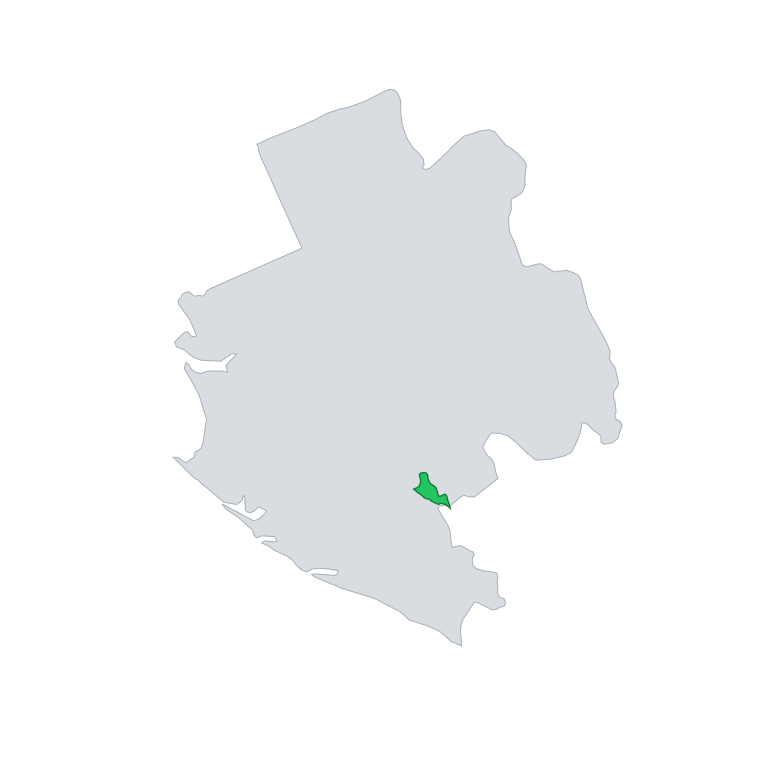 location of Louetsi-Wano, Ngounié, Gabon, rotated 336°
{"feature_id": "22940354B18924798450478", "entity_name": "Louetsi-Wano", "entity_type": "district", "adm_level": 2, "iso_a3": "GAB", "parent_name": "Gabon", "parent_adm1": "Ngounié", "projection": "robinson", "projection_center": [11.582, -2.167], "detail": "fine", "context": "in_parent", "style": "filled", "palette": "green", "viewbox_px": 768, "rotation_deg": 336, "n_neighbors": 0, "source": "geoboundaries", "source_scale": "gbopen_adm2", "svg_char_len": 4589}
<svg xmlns="http://www.w3.org/2000/svg" viewBox="0 0 768 768"><g transform="rotate(336 384 384)"><path d="M514.9,125.3L514.5,131.4L508.4,146.3L505.6,157.8L504.9,170.1L506.5,179.9L509.5,186.9L511.4,194.6L509.9,199.9L507.0,202.2L509.0,204.9L513.4,205.5L521.0,203.2L532.6,199.1L547.8,193.2L557.8,190.1L574.4,192.0L583.2,194.3L587.7,198.4L592.6,216.0L595.0,218.7L599.0,226.2L602.4,235.1L603.1,239.7L602.7,243.0L599.4,247.8L595.6,255.0L594.3,259.3L591.1,262.5L587.1,265.7L576.1,266.9L574.4,268.8L571.3,276.4L565.5,282.8L562.8,288.9L560.5,297.1L560.9,307.1L559.8,321.6L558.6,331.4L561.5,334.8L574.7,337.2L577.3,339.2L580.8,345.2L585.2,350.9L597.3,354.5L602.0,358.9L605.8,363.6L606.3,367.6L603.6,383.3L600.9,398.4L601.9,409.9L602.9,420.8L604.3,436.8L603.7,446.6L600.3,452.5L600.3,457.2L601.8,462.8L598.8,478.4L596.8,481.0L591.4,483.9L588.6,488.1L587.7,494.6L584.8,503.6L581.8,506.9L581.8,511.1L584.7,514.1L584.6,518.8L579.2,524.4L576.0,528.6L568.8,530.7L560.5,528.5L558.6,525.4L560.6,520.6L559.9,516.7L557.1,512.7L552.7,502.2L548.8,500.0L546.6,504.3L539.9,512.2L528.1,522.4L519.8,523.2L504.5,520.1L491.7,515.3L485.7,503.3L481.9,493.5L476.4,482.0L470.3,476.6L463.7,473.1L460.8,472.9L451.5,479.2L448.6,481.8L448.7,487.1L449.5,492.1L451.0,494.5L452.2,497.7L452.0,502.7L450.3,509.3L449.7,516.7L420.4,523.9L415.3,521.3L411.6,518.0L407.1,518.6L394.4,522.3L389.7,519.7L385.0,517.8L382.9,519.4L382.7,522.5L384.9,539.8L384.2,546.4L381.3,555.0L379.8,560.9L387.6,562.5L390.4,565.2L393.2,569.5L396.9,573.6L397.2,576.1L392.9,580.6L391.5,586.1L393.5,590.5L398.8,595.0L406.5,599.8L410.3,602.8L409.9,605.7L406.4,611.7L405.0,616.8L402.5,621.4L403.0,625.6L406.5,629.6L406.1,633.1L403.8,635.8L399.0,635.2L394.9,635.6L391.2,634.5L379.8,620.8L377.3,620.4L360.7,630.9L356.5,635.3L353.1,641.5L348.5,654.9L341.0,647.1L334.4,632.8L326.8,624.0L310.9,609.8L306.6,599.3L288.3,576.2L262.0,553.2L243.1,533.1L240.2,528.7L243.4,529.2L261.7,539.2L264.2,538.1L266.3,535.9L258.4,530.6L250.9,526.5L243.8,523.9L236.7,524.2L232.7,519.9L230.1,513.5L228.8,508.0L225.6,502.2L215.6,490.4L213.1,485.8L207.6,479.5L211.0,478.7L221.8,484.7L222.7,482.3L221.8,478.8L210.9,473.1L205.0,472.7L203.7,468.7L204.5,464.1L196.7,446.8L188.6,433.8L187.4,427.7L209.1,455.9L212.0,456.4L215.9,456.1L224.9,452.9L223.1,449.2L219.1,445.2L215.1,447.0L210.0,447.4L207.3,445.7L206.1,442.8L211.3,429.1L209.0,429.8L207.4,432.3L204.6,433.4L200.3,434.1L189.6,426.8L180.1,407.0L177.6,403.0L175.1,396.1L172.6,393.3L161.7,365.2L165.9,367.3L170.8,375.4L180.4,373.7L184.2,369.0L187.5,369.2L190.8,368.1L195.0,363.6L207.4,344.3L210.6,318.8L209.5,303.6L207.8,288.5L211.8,283.7L213.4,286.9L214.2,292.3L216.2,296.2L220.5,299.8L228.7,300.7L241.3,306.3L245.8,309.8L247.1,302.7L261.6,296.7L257.2,294.5L244.3,296.9L226.6,287.9L220.7,282.1L215.2,271.3L209.5,265.6L209.9,260.5L222.7,255.7L226.0,256.3L227.4,261.9L230.8,264.2L232.1,263.4L232.7,258.6L232.7,245.8L228.8,227.3L230.0,223.8L233.5,222.5L236.6,220.0L238.8,219.6L243.1,220.0L245.2,224.3L246.4,226.7L250.8,227.7L254.3,230.0L257.4,229.4L260.0,226.7L263.7,226.2L275.3,226.2L285.8,226.3L306.7,226.4L327.6,226.4L348.5,226.5L364.3,226.6L364.2,216.0L364.1,199.7L364.0,180.5L363.9,162.0L363.9,145.0L363.8,124.8L364.6,119.0L365.7,116.6L365.3,113.3L381.5,113.1L410.8,114.6L423.6,114.4L427.2,114.6L443.2,113.6L456.1,114.9L461.7,116.3L466.6,117.0L482.1,117.9L502.4,116.8L509.3,117.1L513.1,119.9L514.9,125.3Z" fill="#d9dde1" stroke="#a8b0b8" stroke-width="1"/><path d="M394.0,524.4L394.4,521.7L394.8,518.5L394.8,516.5L395.1,515.1L395.5,513.4L395.6,512.0L395.6,510.7L394.9,509.6L394.0,509.4L392.8,509.4L391.6,509.5L390.6,509.5L389.2,509.2L388.3,508.5L388.2,507.4L388.4,506.4L388.7,505.5L388.8,504.4L389.0,503.2L389.1,502.2L389.2,501.0L389.2,499.6L388.9,498.7L387.5,496.5L386.6,495.2L386.0,493.9L385.6,492.4L385.6,490.9L385.6,489.5L385.8,488.1L386.2,486.9L386.6,485.6L386.7,484.6L386.6,483.2L386.2,482.4L385.4,481.7L384.2,481.1L383.0,480.7L382.2,480.5L381.5,480.5L380.6,480.5L379.8,481.0L379.2,482.2L378.9,483.5L378.7,485.2L378.3,486.7L377.7,488.1L377.2,489.1L376.6,489.7L375.8,490.4L375.3,491.0L374.8,491.7L374.0,492.0L372.7,492.1L371.8,492.1L370.5,492.2L368.4,492.2L369.5,494.2L370.1,495.7L370.9,497.3L371.6,498.4L372.3,499.6L373.1,501.0L373.7,502.1L374.1,503.1L374.5,504.2L375.3,505.2L376.3,506.1L376.9,506.5L377.6,506.9L378.3,507.6L379.0,508.4L379.3,509.2L379.5,510.0L379.9,510.5L380.6,511.0L381.0,511.8L381.4,512.5L381.8,513.0L382.5,513.3L383.2,513.9L383.5,514.7L383.9,515.2L384.6,515.8L385.3,516.3L385.9,515.7L387.3,516.0L389.0,517.2L391.3,519.1L392.5,521.1L394.0,524.4Z" fill="#22c55e" stroke="#15803d" stroke-width="1.5"/></g></svg>